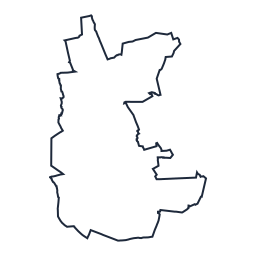 Huimilpan, Querétaro, Mexico
{"feature_id": "50627088B5826764416597", "entity_name": "Huimilpan", "entity_type": "district", "adm_level": 2, "iso_a3": "MEX", "parent_name": "Mexico", "parent_adm1": "Querétaro", "projection": "natural_earth1", "projection_center": [-100.316, 20.419], "detail": "fine", "context": "isolated", "style": "outline", "palette": "slate", "viewbox_px": 256, "rotation_deg": 0, "n_neighbors": 0, "source": "geoboundaries", "source_scale": "gbopen_adm2", "svg_char_len": 5541}
<svg xmlns="http://www.w3.org/2000/svg" viewBox="0 0 256 256"><path d="M60.5,220.8L62.2,223.0L62.4,223.1L64.8,225.3L65.6,225.8L67.1,226.8L67.6,226.7L73.7,226.2L74.0,226.3L74.3,226.5L74.3,226.9L74.8,227.5L75.3,228.0L76.3,229.1L76.8,229.6L77.6,230.5L78.6,231.5L81.2,233.9L82.5,235.0L84.5,236.4L86.4,237.6L87.3,238.2L87.8,237.0L89.0,234.6L90.7,230.1L101.5,234.2L103.0,234.9L112.2,238.4L117.9,240.6L118.0,240.6L119.2,240.6L120.1,240.5L122.4,240.4L125.8,240.1L128.8,239.4L129.2,239.2L130.8,238.8L133.7,238.2L135.4,238.0L135.7,238.0L136.6,237.9L137.1,237.8L138.4,237.7L139.8,238.0L140.4,238.0L141.1,238.1L142.8,237.6L143.5,237.5L147.8,237.4L149.3,237.2L150.2,237.0L150.9,236.9L152.4,236.7L154.8,229.9L156.5,225.9L157.1,224.2L157.5,223.4L158.6,220.4L159.4,216.3L159.7,214.3L159.0,213.6L158.7,212.9L158.0,212.9L158.0,211.7L160.1,211.5L160.4,210.0L175.0,211.7L176.3,211.7L181.3,212.4L181.7,212.4L182.0,212.5L182.5,212.3L187.0,209.4L188.4,208.1L188.2,207.8L188.5,207.0L188.5,205.5L188.8,205.5L189.0,205.6L189.1,205.9L189.0,206.4L189.1,206.5L189.4,206.6L194.7,204.2L195.2,204.4L195.4,204.7L197.5,203.7L200.9,196.8L201.5,196.2L201.8,196.4L206.0,178.4L203.4,176.2L202.9,176.3L202.4,176.5L201.1,176.4L200.6,176.8L200.5,176.7L200.4,176.6L199.8,174.9L199.6,174.7L198.4,174.2L197.6,173.4L197.0,172.4L196.0,177.6L175.1,178.5L159.8,179.2L156.6,179.2L155.2,176.4L156.7,174.7L152.9,168.9L158.5,165.8L158.5,165.5L158.0,161.6L157.8,160.5L157.9,158.5L157.7,157.7L157.7,157.3L159.1,157.3L159.8,157.4L160.0,157.5L161.0,157.2L162.8,157.3L163.4,157.3L163.3,157.7L164.9,157.8L165.6,157.7L170.3,158.0L172.9,154.8L172.5,154.1L172.4,154.1L170.8,151.1L170.0,149.7L168.7,150.1L166.6,150.7L161.5,151.0L161.5,149.8L160.8,148.1L159.9,146.9L158.8,145.5L157.7,143.9L157.5,143.5L157.1,142.9L156.2,143.3L156.5,146.2L147.2,148.9L144.2,149.8L143.7,148.5L143.0,147.4L142.8,146.4L139.1,145.9L138.7,144.8L138.5,143.8L138.2,143.0L138.0,141.8L137.8,141.6L137.5,141.5L137.1,141.2L137.0,140.8L136.9,140.4L137.0,140.0L136.9,139.8L136.6,139.8L136.6,139.1L137.1,138.8L137.2,138.6L137.4,138.3L137.3,138.2L137.5,137.7L137.4,137.3L137.0,136.8L136.7,136.2L136.8,135.6L137.0,135.6L137.3,135.0L137.8,134.5L138.0,134.0L138.9,133.6L138.3,133.0L138.0,131.9L137.7,131.5L137.5,131.3L137.3,131.2L137.2,131.0L137.3,130.8L137.6,130.5L137.9,130.5L138.3,130.4L138.5,130.2L139.0,129.6L137.6,125.8L136.0,122.1L134.7,118.5L133.9,116.4L133.5,115.1L127.9,107.2L127.4,106.2L126.5,104.3L125.7,102.7L124.2,103.3L124.4,102.4L125.6,101.8L128.4,101.8L128.7,101.8L133.4,101.9L142.5,101.9L152.4,96.2L151.5,93.9L150.2,94.2L149.1,93.1L150.1,92.7L150.4,92.7L151.8,92.2L154.2,92.8L154.4,93.3L155.0,93.2L155.2,93.9L156.4,94.1L157.3,94.8L157.9,95.1L158.7,95.4L159.9,94.9L160.5,94.8L156.7,78.7L159.6,70.2L159.8,70.3L161.0,69.5L161.5,69.0L161.7,68.8L164.0,63.3L164.8,60.9L165.3,59.5L165.5,58.0L165.7,57.0L171.9,56.5L173.6,53.0L174.1,50.9L178.4,46.2L180.4,44.0L179.1,41.7L179.0,39.6L177.5,37.9L173.3,39.4L171.2,32.9L167.3,34.5L156.0,32.9L155.7,33.0L147.9,37.6L135.6,40.0L132.6,41.5L128.8,41.9L122.7,43.6L121.8,52.1L121.4,54.7L121.0,54.5L120.7,54.4L119.3,54.4L118.4,54.6L118.1,54.8L117.7,55.2L117.1,55.1L116.8,55.2L116.6,55.3L116.1,55.7L115.3,56.4L114.2,57.6L110.5,58.3L110.3,58.4L109.8,58.7L107.6,59.4L106.9,57.7L105.5,54.5L100.9,43.2L100.4,42.1L99.8,40.7L98.9,38.1L98.1,36.6L96.3,31.9L96.3,31.7L96.0,31.3L95.9,31.1L95.5,30.7L95.0,30.1L94.9,29.8L94.8,29.4L94.7,28.2L94.7,27.9L94.7,27.6L94.7,27.3L94.7,27.0L94.8,25.8L94.8,25.2L94.9,24.7L94.9,24.4L94.8,24.1L94.6,23.6L94.5,23.4L94.3,23.3L94.1,22.9L93.7,22.2L93.5,21.8L93.4,21.5L93.1,20.7L92.8,20.2L92.7,20.0L92.5,19.8L92.4,19.5L92.4,19.3L92.3,19.0L92.1,18.5L92.1,18.2L91.9,17.6L91.8,17.3L91.8,17.1L91.9,16.8L91.9,16.5L91.8,16.3L91.7,16.0L91.5,15.9L91.1,15.4L89.4,16.0L81.1,17.7L82.0,34.5L79.5,35.7L79.5,36.1L79.4,36.3L79.3,36.5L79.2,36.7L78.8,37.1L78.6,37.2L78.4,37.4L77.7,37.7L77.2,37.8L76.9,37.8L76.7,37.8L75.0,38.1L64.7,40.4L65.5,41.2L68.0,52.8L69.9,60.8L69.1,62.2L70.1,62.6L73.0,69.9L72.9,70.3L75.2,71.6L67.7,72.6L60.7,72.8L59.5,73.6L57.5,74.1L57.5,74.4L57.5,74.6L57.6,75.0L57.6,75.6L58.1,78.0L58.2,78.3L58.4,78.6L58.6,78.8L58.9,78.9L59.2,78.9L59.2,79.5L59.4,80.2L59.1,80.6L59.2,80.8L59.7,83.4L59.9,83.5L60.0,83.6L60.4,85.0L60.6,85.5L60.9,85.5L60.8,88.8L60.9,89.1L61.4,91.4L61.7,91.4L62.1,91.6L62.3,92.0L62.9,93.9L62.9,94.3L63.4,95.5L63.5,95.8L63.6,96.6L63.6,97.1L63.4,97.4L62.7,97.8L62.4,98.4L61.9,98.5L60.7,98.3L61.8,102.0L61.7,102.7L61.7,103.5L60.9,105.6L61.1,106.5L61.5,106.7L61.3,107.7L62.7,109.4L62.8,110.3L62.5,111.0L62.5,111.3L62.4,111.4L62.4,111.8L62.2,112.2L62.2,112.6L62.0,113.2L61.4,113.3L61.5,114.1L61.2,114.1L61.0,114.8L60.7,114.9L60.6,114.6L60.2,114.9L60.5,115.3L60.0,115.3L60.0,115.6L59.3,115.5L59.4,116.1L58.9,116.5L58.7,117.8L59.0,118.3L58.9,119.0L58.5,119.4L58.4,122.5L59.7,125.0L60.5,126.4L61.1,127.9L62.8,130.7L60.8,132.0L60.5,132.1L60.3,132.2L56.6,134.6L56.2,134.9L55.1,135.6L51.4,138.3L51.2,165.7L51.7,166.0L52.4,166.5L55.3,168.5L57.7,170.2L60.1,171.8L61.0,172.4L63.1,174.1L60.1,174.6L58.5,175.1L58.0,175.2L57.2,175.4L56.3,175.7L55.2,176.0L53.4,176.4L52.7,176.5L51.9,176.5L51.0,176.8L50.0,177.2L50.0,177.3L50.4,177.6L51.0,178.0L51.1,178.4L51.5,178.7L51.8,179.1L51.7,179.6L51.9,180.0L52.7,181.4L53.0,181.7L53.1,182.1L53.3,182.2L53.9,182.5L54.6,183.5L55.4,184.9L55.7,185.2L56.0,186.0L56.6,186.2L56.7,187.8L57.0,188.1L57.0,188.6L57.3,190.4L57.2,192.3L57.6,194.0L57.7,194.4L57.8,195.0L57.9,195.7L58.1,197.0L58.5,197.5L58.7,197.8L58.8,197.8L58.4,202.6L57.7,208.9L57.8,209.5L58.0,216.4L58.5,217.4L60.5,220.8Z" fill="none" stroke="#1e293b" stroke-width="2"/></svg>